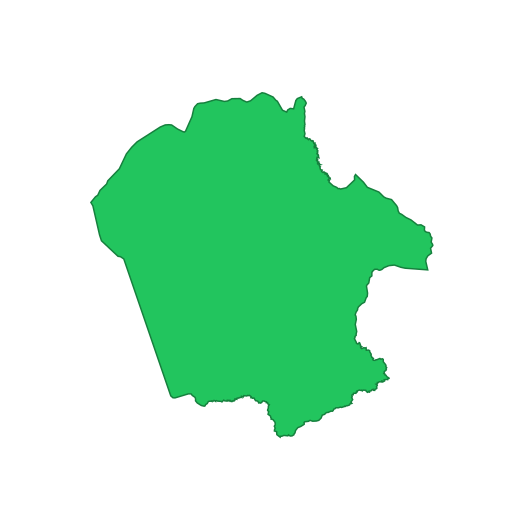 Chipangali, Eastern, Zambia (Albers equal-area conic projection), rotated 205°
{"feature_id": "96606910B61559073197846", "entity_name": "Chipangali", "entity_type": "district", "adm_level": 2, "iso_a3": "ZMB", "parent_name": "Zambia", "parent_adm1": "Eastern", "projection": "albers", "projection_center": [32.482, -13.317], "detail": "fine", "context": "isolated", "style": "filled", "palette": "green", "viewbox_px": 512, "rotation_deg": 205, "n_neighbors": 0, "source": "geoboundaries", "source_scale": "gbopen_adm2", "svg_char_len": 6093}
<svg xmlns="http://www.w3.org/2000/svg" viewBox="0 0 512 512"><g transform="rotate(205 256 256)"><path d="M425.0,232.5L406.7,209.0L402.5,204.5L380.9,197.4L378.6,198.1L374.6,197.5L274.1,93.2L271.3,92.4L269.3,93.3L259.0,102.5L256.6,103.6L254.8,102.7L251.4,102.1L250.3,100.8L249.6,99.2L247.2,98.0L242.4,97.4L239.5,98.0L238.9,98.5L238.8,100.2L237.8,101.7L237.8,103.4L237.3,104.4L235.1,105.6L234.4,105.6L234.6,106.1L233.3,106.5L233.0,107.4L231.2,107.2L231.4,107.7L230.8,108.2L229.7,108.2L225.9,109.6L225.2,109.4L224.3,111.8L223.2,111.5L221.1,112.2L221.1,113.0L220.4,112.8L220.2,113.4L219.2,113.2L219.3,113.8L218.6,114.2L218.3,113.8L217.5,114.0L217.3,113.6L216.2,113.9L215.8,115.0L215.0,115.1L214.8,116.0L214.3,115.9L214.2,116.8L214.6,117.7L212.8,118.0L213.2,118.9L212.1,119.9L211.5,119.9L211.3,120.6L209.6,121.6L209.9,122.7L208.3,122.9L208.1,122.6L207.8,123.9L208.0,124.3L205.1,125.3L204.6,126.2L203.5,126.4L203.1,126.9L201.0,126.5L200.8,125.5L200.1,125.9L199.3,125.5L197.8,126.4L195.6,124.9L194.9,124.7L194.0,125.1L192.8,125.1L191.5,124.0L191.1,124.6L190.3,124.4L189.9,124.8L189.6,124.7L188.9,125.7L188.8,127.2L187.3,128.1L186.3,127.9L185.1,128.3L184.6,127.4L183.6,128.0L182.6,126.9L181.1,126.8L181.4,125.3L180.5,123.1L180.5,121.7L180.1,120.8L178.8,120.5L178.2,117.6L175.3,117.1L174.4,115.9L173.6,115.5L173.5,114.6L171.3,114.9L168.3,113.2L167.2,111.0L167.5,109.5L165.8,108.1L165.9,106.8L165.4,105.2L163.1,105.5L161.6,102.9L157.5,102.0L157.6,103.0L156.4,103.6L154.9,105.2L151.1,106.5L151.0,107.6L148.9,107.3L147.3,108.2L146.1,110.0L146.3,111.0L145.9,112.1L146.4,114.5L145.6,118.1L143.4,120.4L141.4,123.5L141.2,124.0L142.1,125.4L141.8,126.3L138.5,128.4L137.6,129.9L134.9,130.2L131.6,131.9L129.6,133.6L128.5,136.6L128.7,139.8L126.8,141.6L126.6,142.8L125.6,144.2L124.6,144.6L122.5,147.1L121.3,147.5L120.8,148.3L120.7,150.3L119.9,150.9L119.5,152.2L117.1,153.3L115.7,154.7L114.5,154.9L112.6,156.6L112.3,157.3L111.7,157.2L110.5,158.8L109.9,158.9L108.3,160.5L108.4,161.5L106.9,162.9L107.9,163.2L107.8,163.7L108.2,164.1L107.7,166.7L109.6,168.3L109.3,169.0L110.3,170.4L110.0,171.1L109.3,171.3L109.6,172.8L107.4,173.8L107.6,175.0L107.0,175.2L106.9,175.8L107.4,176.3L105.7,178.2L104.4,178.4L103.6,179.0L102.7,178.6L102.3,179.7L99.7,180.7L99.1,180.1L97.4,179.5L96.6,180.4L95.6,180.6L95.7,181.1L96.3,181.2L94.5,182.7L94.4,183.8L93.5,184.7L92.8,183.9L91.6,184.4L91.9,185.3L90.7,186.7L90.6,187.4L91.6,188.5L91.4,190.0L92.1,190.5L93.0,190.6L92.1,191.4L92.5,192.6L91.8,192.7L91.2,194.1L89.2,194.9L89.2,195.9L88.5,196.0L88.3,195.2L87.9,195.4L86.7,197.1L87.5,198.1L86.5,198.5L86.1,199.1L84.4,199.6L84.6,200.6L83.7,201.3L83.9,201.6L86.3,201.9L88.0,202.9L88.7,202.7L89.2,203.5L90.5,203.5L90.4,204.4L90.9,205.1L90.8,206.0L90.1,206.7L89.8,208.0L90.5,208.5L90.4,210.1L91.7,210.6L91.8,211.5L92.6,212.3L95.9,213.9L97.0,216.1L98.2,216.2L99.2,215.2L100.4,215.5L102.7,213.0L103.4,212.7L104.0,211.7L105.6,211.1L106.4,211.6L106.3,212.8L108.3,213.1L108.8,213.9L109.8,214.4L110.1,215.7L112.3,217.1L113.0,218.2L114.2,218.3L116.2,217.2L117.5,219.4L118.2,218.7L119.5,218.5L120.9,216.8L121.5,216.7L122.6,217.5L121.9,218.5L123.5,218.8L123.8,219.6L125.4,221.1L125.9,221.1L126.0,219.9L126.8,219.2L128.1,219.4L128.4,220.0L131.9,222.7L131.8,223.9L132.3,224.6L131.7,226.6L132.3,227.5L132.8,230.1L137.1,235.9L138.3,241.0L140.0,243.7L141.2,244.5L141.6,247.2L141.2,250.2L141.7,251.3L141.7,253.1L140.0,257.4L138.1,260.0L138.5,264.6L138.1,266.4L139.2,269.5L143.1,275.3L143.3,276.2L142.4,279.2L143.8,284.5L142.6,286.9L144.1,290.2L143.6,292.4L142.8,294.1L140.6,295.2L138.7,295.1L137.8,295.4L136.3,296.9L135.1,299.5L131.5,303.4L126.7,306.3L119.9,307.0L115.6,308.0L94.5,316.0L99.9,322.9L100.3,324.2L100.7,325.5L100.3,328.9L98.1,332.8L101.1,336.8L100.2,340.2L100.9,341.2L103.1,342.6L104.2,346.7L106.1,347.7L107.4,349.5L109.0,350.4L111.6,349.6L113.5,350.0L114.3,350.6L115.5,353.6L119.6,354.0L122.7,352.3L130.8,354.2L136.5,354.3L141.6,355.3L144.1,355.3L146.2,356.9L148.1,359.7L149.8,361.0L157.0,364.4L162.6,363.4L165.2,363.6L171.6,365.9L184.1,365.3L189.8,368.3L200.2,371.9L200.4,369.7L198.8,366.6L202.9,356.1L207.7,352.4L209.0,352.4L210.1,351.7L211.8,352.3L215.7,352.2L221.2,353.9L221.4,355.5L222.6,355.2L222.8,355.8L222.1,357.1L221.3,357.3L221.8,358.0L222.5,357.6L223.2,358.3L223.3,358.0L224.1,358.3L224.4,359.1L224.8,358.7L225.0,359.5L225.5,359.9L225.8,359.7L225.9,360.4L226.6,360.8L226.9,360.8L226.8,359.8L227.5,360.1L228.0,359.6L228.6,360.8L229.4,360.6L230.0,361.0L230.5,360.0L232.2,360.3L232.3,361.8L234.0,361.5L235.4,363.1L235.4,364.0L236.1,364.0L237.2,365.1L236.3,365.9L237.0,365.8L237.3,366.2L237.6,365.8L238.3,366.9L238.4,366.1L238.9,365.7L239.2,366.8L239.6,366.6L239.8,367.9L240.6,367.8L240.8,368.8L241.6,368.4L241.9,369.3L241.5,369.7L242.1,369.9L242.4,371.2L240.5,371.6L242.3,373.5L242.1,373.8L243.3,374.6L243.5,374.2L244.0,374.4L243.9,376.0L244.2,376.6L244.6,376.5L244.8,377.0L244.5,377.5L246.0,378.4L245.7,379.4L246.8,379.6L247.6,379.3L247.2,379.8L247.7,380.2L248.2,380.0L248.1,379.5L249.1,379.1L249.7,380.1L249.5,380.7L248.8,380.6L248.4,381.3L249.2,381.6L249.1,381.9L249.6,381.9L249.8,382.4L250.1,382.2L250.4,383.2L251.2,382.5L252.3,383.8L252.8,383.8L252.9,384.4L253.8,384.3L253.9,383.8L255.3,384.0L256.7,384.9L257.2,384.7L257.6,383.6L258.7,383.9L258.8,384.2L260.0,383.9L260.0,384.4L260.7,383.9L262.8,384.7L263.3,387.5L265.4,390.2L265.8,391.9L266.5,392.7L266.4,393.6L267.2,394.8L267.1,395.6L269.1,398.8L270.5,402.9L272.4,405.8L272.8,407.7L275.4,411.2L275.0,413.2L275.1,415.8L276.6,417.1L279.1,418.4L280.7,418.4L281.9,419.6L285.1,416.1L285.6,413.8L284.1,405.3L287.4,404.2L289.0,401.7L289.0,399.4L293.6,399.3L302.1,405.3L303.8,405.5L307.7,407.3L316.7,407.2L319.5,406.5L322.9,402.1L326.5,394.4L329.4,391.6L333.8,391.5L336.9,392.0L344.3,388.4L347.2,384.5L350.0,382.7L358.4,380.9L367.7,372.8L371.2,370.9L373.3,369.3L374.5,365.6L374.7,363.5L372.9,355.2L372.6,339.4L373.2,338.1L374.5,337.8L380.7,337.9L387.8,339.1L390.4,338.2L393.7,336.4L397.3,332.4L412.0,309.2L414.6,302.1L416.6,293.8L416.7,277.3L422.1,261.5L421.8,258.1L425.1,249.5L425.1,244.2L426.5,241.8L428.3,234.8L425.0,232.5Z" fill="#22c55e" stroke="#15803d" stroke-width="1.5"/></g></svg>